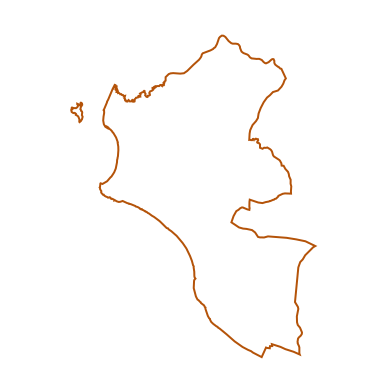 Mempawah, Kalimantan Barat, Indonesia (Albers equal-area conic projection), rotated 5°
{"feature_id": "22746128B13218426778114", "entity_name": "Mempawah", "entity_type": "district", "adm_level": 2, "iso_a3": "IDN", "parent_name": "Indonesia", "parent_adm1": "Kalimantan Barat", "projection": "albers", "projection_center": [109.004, 0.347], "detail": "fine", "context": "isolated", "style": "outline", "palette": "amber", "viewbox_px": 384, "rotation_deg": 5, "n_neighbors": 0, "source": "geoboundaries", "source_scale": "gbopen_adm2", "svg_char_len": 5940}
<svg xmlns="http://www.w3.org/2000/svg" viewBox="0 0 384 384"><g transform="rotate(5 192 192)"><path d="M105.7,92.0L104.2,95.7L104.5,95.8L104.5,96.0L103.8,96.8L100.4,107.4L99.5,109.4L99.5,110.1L97.3,117.0L96.8,118.1L97.3,118.5L97.6,120.9L97.3,124.6L97.3,128.5L98.3,132.2L100.0,134.6L101.0,135.1L100.7,134.6L100.2,134.2L100.3,133.9L101.0,134.0L102.9,135.0L104.0,136.1L103.6,136.0L105.3,136.9L107.3,138.7L107.7,139.5L108.4,139.9L111.6,144.3L113.8,149.0L113.6,149.3L114.6,153.2L115.0,156.7L115.1,162.8L114.8,164.9L114.9,165.3L114.6,166.5L114.7,169.0L114.0,175.3L112.8,179.1L112.0,180.7L110.3,183.8L109.6,184.4L106.5,188.7L102.1,191.8L100.2,191.3L100.0,191.5L99.9,194.8L99.6,195.6L100.0,196.0L100.3,197.4L101.6,199.1L101.5,200.2L102.0,201.0L103.8,202.6L104.3,202.4L105.2,203.4L106.5,204.0L108.2,204.5L108.9,205.0L110.4,204.4L111.0,204.6L111.5,205.5L112.3,205.9L112.6,205.6L114.4,206.2L115.6,206.8L115.5,207.2L116.2,207.0L117.7,207.8L119.9,208.3L121.4,208.0L123.7,207.0L128.4,208.7L130.2,209.0L130.3,209.3L131.9,209.4L136.8,210.9L137.1,211.3L139.1,211.7L140.7,212.4L141.6,213.2L141.9,213.1L142.6,213.6L143.3,213.4L143.4,213.8L143.8,213.8L144.2,214.1L145.3,214.4L146.8,215.3L147.3,215.2L147.7,215.7L148.7,215.9L149.9,216.8L150.7,217.0L154.3,219.2L156.3,220.1L162.4,223.9L169.9,230.1L171.4,230.4L171.9,231.2L174.9,232.9L180.6,237.1L187.2,243.7L191.3,248.7L195.6,255.9L197.9,260.6L199.5,265.0L200.2,265.9L200.2,267.0L201.2,271.2L201.7,275.7L202.1,276.9L203.0,278.0L202.1,279.1L201.8,280.3L202.1,287.6L205.0,295.7L206.0,297.3L206.9,298.7L207.8,299.1L209.7,300.8L210.3,301.1L210.6,301.8L214.0,304.0L214.7,305.4L215.5,305.9L215.4,306.4L215.6,307.3L218.6,314.1L220.1,316.3L221.0,316.9L221.1,317.6L222.4,319.7L224.6,321.5L228.4,323.9L229.1,324.0L230.0,325.0L231.2,325.5L238.8,330.7L247.5,337.1L255.9,342.0L261.6,344.4L264.7,345.4L266.8,346.7L275.8,350.4L279.3,340.5L280.3,340.8L283.1,340.9L283.1,338.8L285.3,338.5L284.8,336.6L293.7,338.6L298.7,340.4L307.1,342.3L313.5,344.5L313.0,343.4L312.5,337.6L312.0,336.2L310.5,333.6L310.6,333.2L310.2,332.2L310.4,328.9L311.0,327.7L312.9,325.6L313.8,323.8L313.8,322.3L311.4,317.7L309.0,315.3L308.0,312.7L307.3,306.8L308.1,299.2L307.5,297.2L304.2,292.7L304.5,257.8L305.9,252.4L308.2,249.5L310.3,245.1L317.5,236.5L319.5,235.1L309.3,231.2L299.9,230.1L290.2,229.4L271.6,229.6L267.8,231.0L263.6,231.3L261.7,231.0L258.4,226.8L255.1,224.7L249.4,224.0L246.1,224.0L241.9,223.2L233.9,218.8L235.5,212.4L237.8,207.2L240.0,205.6L241.3,204.1L242.9,203.1L244.0,203.0L248.7,204.5L250.7,204.8L250.8,203.1L250.4,201.5L250.1,196.7L250.2,194.6L258.9,196.7L263.2,196.9L266.4,195.6L269.4,194.8L270.2,194.2L270.8,194.2L273.3,192.8L274.2,192.6L274.9,191.8L276.3,191.3L278.2,189.1L278.4,188.3L282.5,185.9L284.7,185.3L290.8,185.0L290.5,182.8L290.4,177.7L289.5,175.2L289.2,171.2L287.4,167.9L286.9,165.8L285.9,163.6L283.0,160.9L281.0,157.9L279.0,157.9L278.5,155.6L277.0,153.3L276.2,152.5L270.4,149.4L269.5,148.2L268.2,144.8L267.2,143.4L266.0,142.5L263.1,141.1L261.8,141.6L260.0,141.6L258.5,142.8L255.9,142.0L255.6,138.6L254.2,137.3L253.0,137.3L252.6,136.9L252.6,136.4L253.4,134.7L253.0,133.6L252.1,133.7L251.0,133.3L250.0,134.2L249.0,133.9L248.9,134.5L248.5,134.1L247.9,134.0L247.4,135.1L246.3,135.2L245.3,134.9L244.5,135.1L244.3,128.7L244.6,125.3L246.5,120.0L249.6,115.8L251.2,112.6L251.5,108.0L253.1,102.4L255.6,96.3L258.5,91.4L261.2,88.8L263.9,85.4L268.8,83.4L272.0,79.3L273.5,76.1L274.4,72.7L275.6,70.7L270.3,61.5L269.1,61.3L267.3,59.8L266.8,59.8L264.0,58.0L263.1,56.9L262.7,55.9L262.6,54.2L261.7,52.6L261.0,52.5L259.8,53.0L257.0,56.0L254.5,57.4L253.5,57.2L252.0,56.3L250.0,54.4L247.4,53.5L244.7,53.8L239.7,53.7L238.0,52.8L236.4,51.0L235.3,50.3L231.1,49.1L229.1,47.8L227.4,44.5L227.0,42.8L225.9,41.4L224.8,40.6L222.6,40.4L219.7,40.7L218.1,40.3L215.3,38.4L211.7,34.6L209.8,33.6L208.1,33.6L206.5,34.9L205.5,36.3L204.0,42.4L202.5,45.8L201.0,47.0L200.7,47.6L198.1,49.3L190.6,52.9L189.8,54.2L189.5,56.0L189.0,57.2L187.5,59.6L182.3,65.2L176.7,71.8L173.6,74.4L170.0,75.1L162.9,75.2L160.3,75.7L158.5,76.6L155.7,79.9L156.0,83.4L154.8,84.5L155.0,85.2L154.3,85.7L154.8,86.2L154.5,87.2L154.8,87.8L154.5,88.2L153.9,88.3L153.1,87.7L152.8,87.9L152.8,88.9L151.4,88.1L151.0,88.2L150.1,89.3L147.8,89.5L147.0,90.4L146.3,89.8L145.2,90.5L145.7,91.7L145.3,92.2L144.7,92.2L144.3,91.6L143.6,91.7L143.7,92.6L144.1,92.9L144.3,93.6L143.4,94.5L141.4,95.5L140.8,97.1L141.5,98.2L141.6,99.1L141.0,99.6L139.6,100.0L139.5,101.1L139.1,101.3L138.3,101.1L136.9,99.7L137.2,98.3L136.1,96.8L136.0,95.6L135.5,95.4L135.0,95.9L134.8,96.7L133.6,97.1L131.6,98.5L132.3,99.4L131.9,100.7L132.2,101.5L131.5,101.7L130.9,101.0L130.4,100.9L130.1,101.2L129.9,102.5L128.0,103.0L127.9,103.4L126.2,105.4L126.4,105.9L127.0,106.3L126.8,106.9L126.4,107.0L126.0,106.7L125.4,107.2L125.0,107.1L125.0,105.8L124.5,105.5L124.1,106.0L123.9,106.9L122.2,107.2L120.8,105.9L120.2,106.6L119.9,107.5L118.7,107.5L118.3,106.7L117.9,106.9L117.5,106.7L117.2,106.1L117.2,105.2L116.9,104.7L116.5,104.6L116.9,102.1L115.6,102.6L115.5,102.0L115.0,101.5L113.6,101.4L113.1,100.7L112.0,100.9L111.4,100.2L110.4,99.6L109.7,99.9L109.4,99.0L108.1,99.0L108.2,98.3L109.0,98.0L109.0,97.8L107.9,97.6L107.7,96.9L107.0,96.8L106.9,96.5L107.0,96.2L107.4,96.0L108.6,96.5L108.2,95.7L107.2,95.6L107.7,94.9L107.7,93.2L107.0,93.0L106.5,93.4L106.3,94.2L106.0,94.2L105.5,93.7L105.5,93.4L106.4,92.8L106.4,92.2L105.7,92.0ZM74.5,115.5L75.0,114.9L75.0,114.4L74.6,113.8L74.7,113.4L74.0,112.8L73.5,112.7L73.2,113.1L73.6,114.7L73.5,115.2L73.0,115.6L72.0,114.8L70.0,114.1L70.1,114.8L70.9,115.4L70.9,116.4L70.3,117.6L69.1,118.6L66.8,118.7L65.1,118.3L64.8,118.7L64.8,119.1L65.8,119.7L65.7,120.0L64.8,120.3L64.5,120.8L65.2,122.8L66.9,123.7L67.9,123.4L68.7,123.6L69.6,124.3L69.4,125.2L69.7,125.4L71.0,125.9L72.1,126.7L73.5,129.4L73.6,131.9L73.9,132.2L75.1,131.0L75.0,130.6L76.0,129.4L76.5,126.6L75.6,125.0L75.7,122.3L75.3,121.3L74.4,120.8L74.2,119.9L73.6,119.3L73.9,116.9L74.4,116.2L74.5,115.5Z" fill="none" stroke="#b45309" stroke-width="2"/></g></svg>